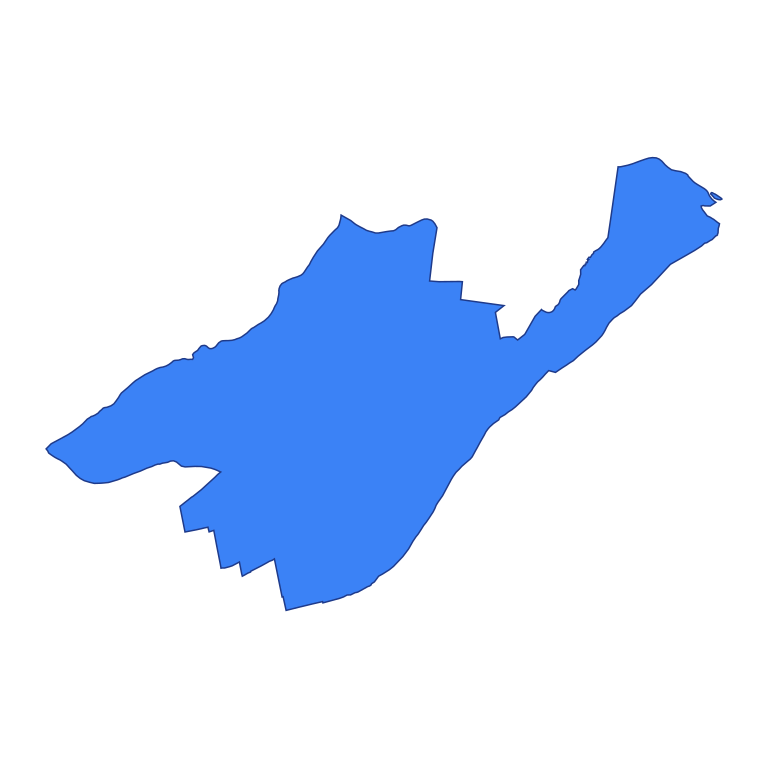 General Paz, Corrientes, Argentina
{"feature_id": "61730980B94998770553919", "entity_name": "General Paz", "entity_type": "district", "adm_level": 2, "iso_a3": "ARG", "parent_name": "Argentina", "parent_adm1": "Corrientes", "projection": "natural_earth1", "projection_center": [-57.724, -27.709], "detail": "fine", "context": "isolated", "style": "filled", "palette": "blue", "viewbox_px": 768, "rotation_deg": 0, "n_neighbors": 0, "source": "geoboundaries", "source_scale": "gbopen_adm2", "svg_char_len": 6101}
<svg xmlns="http://www.w3.org/2000/svg" viewBox="0 0 768 768"><path d="M374.4,581.9L378.6,576.2L382.6,574.0L389.4,569.7L393.5,566.4L402.8,556.6L406.2,552.1L408.6,548.9L412.9,541.3L416.0,536.7L418.2,534.0L421.2,529.4L423.6,525.5L426.4,522.0L429.0,518.2L433.2,511.8L434.9,508.4L436.1,505.3L438.0,502.2L442.6,495.7L451.3,479.4L453.3,476.1L456.0,472.3L459.1,469.3L461.8,466.3L467.9,461.0L470.2,459.1L472.2,456.8L475.6,450.5L477.1,447.9L480.3,441.9L484.1,435.3L485.9,431.8L488.0,428.9L489.6,427.0L493.5,423.5L496.4,421.5L498.7,419.9L499.9,417.5L505.0,414.6L508.5,411.8L512.0,409.6L515.4,406.9L525.2,397.8L526.2,396.9L531.6,390.3L533.2,387.5L535.4,384.6L537.6,381.9L540.2,379.6L542.6,377.2L545.3,374.1L548.7,370.6L555.5,372.4L562.1,367.9L566.5,365.1L569.5,363.0L573.4,360.6L578.2,356.1L585.5,350.2L592.4,345.0L596.0,341.9L601.8,335.6L603.5,333.1L605.2,330.1L606.5,327.4L609.0,323.1L612.6,319.2L614.3,317.6L617.1,315.9L619.7,313.8L624.0,311.2L631.5,305.6L635.3,300.9L640.5,294.1L651.5,284.6L670.4,264.3L686.9,254.9L694.7,250.4L701.5,246.0L704.6,243.2L706.8,242.7L710.1,240.6L712.2,239.5L715.8,235.9L716.9,235.5L717.5,234.9L717.5,234.0L718.0,233.1L718.1,232.1L718.1,231.2L718.3,228.3L719.0,226.1L719.5,223.7L717.8,222.6L713.6,219.3L712.3,218.6L710.3,217.3L707.2,215.9L704.4,212.1L702.8,210.1L701.4,207.7L701.2,206.0L703.1,205.5L704.8,205.9L710.2,206.0L715.9,202.3L713.9,200.9L711.7,198.9L709.7,196.2L708.7,194.2L707.9,192.3L706.6,190.5L704.4,188.7L702.1,187.3L697.4,184.5L694.8,182.8L693.0,181.3L688.3,176.3L687.7,174.9L685.6,173.4L680.7,171.6L675.7,170.8L671.5,169.8L667.8,167.2L665.1,164.8L661.9,161.2L659.2,159.1L656.3,157.9L652.4,157.6L648.8,158.1L645.2,159.2L640.3,160.9L632.2,163.9L627.9,165.2L621.0,166.7L619.1,166.9L618.1,166.8L610.3,221.4L607.9,237.7L606.1,240.0L603.8,243.3L601.1,246.7L599.4,248.4L598.0,249.5L595.7,250.7L593.7,252.0L593.5,253.4L592.0,254.7L590.4,257.4L589.0,257.2L587.4,259.3L588.6,259.7L587.8,260.4L587.4,262.5L586.3,262.2L585.7,264.5L585.1,264.4L584.8,265.7L583.8,265.5L581.4,268.7L580.6,269.7L580.7,274.3L579.6,277.9L578.7,280.6L578.8,282.5L578.7,284.6L576.1,289.0L575.1,290.0L572.6,288.7L569.8,290.1L568.9,290.6L567.7,292.0L561.1,298.6L560.4,299.6L560.0,300.6L559.7,301.8L559.4,302.6L558.7,303.9L557.7,305.0L556.5,305.7L555.4,306.6L554.4,309.1L553.4,310.5L552.0,311.7L550.5,312.3L549.1,312.6L547.5,312.5L546.5,312.3L545.1,311.7L542.1,310.2L541.5,309.5L535.1,316.3L525.4,333.3L524.6,334.5L517.6,340.0L514.0,337.0L513.2,336.8L507.1,337.0L503.1,337.5L500.3,338.8L495.4,312.4L504.0,305.6L460.6,299.6L462.4,281.7L459.6,281.5L458.2,281.5L439.0,281.7L429.6,281.0L432.8,253.4L437.0,227.7L434.9,223.8L432.9,221.3L431.2,220.1L427.2,219.0L424.3,219.1L421.7,220.0L417.0,222.3L410.9,225.4L409.1,225.9L406.2,225.2L403.8,225.1L401.9,225.7L398.4,227.5L395.8,229.7L394.6,230.3L393.4,230.8L390.8,231.0L386.4,231.6L378.5,233.0L375.5,233.0L371.7,231.8L369.5,231.3L366.4,230.3L363.8,228.8L359.9,226.8L356.3,224.8L354.7,223.7L350.7,220.5L341.1,215.1L340.8,218.1L340.4,220.0L339.9,221.8L339.1,224.9L338.6,226.0L337.4,227.9L334.8,230.2L329.7,235.4L327.8,237.7L323.4,244.2L320.1,247.9L317.4,251.0L313.3,257.3L310.9,261.5L309.7,264.0L308.9,265.3L307.9,266.5L306.8,268.1L304.1,272.2L302.8,273.8L301.0,275.2L297.6,276.7L294.4,277.7L292.8,278.1L291.2,278.8L289.3,279.6L287.0,280.7L285.2,281.9L283.1,282.9L281.8,283.7L280.1,285.9L279.1,288.6L278.8,290.9L279.0,291.8L278.7,294.9L277.9,298.6L277.6,301.0L276.5,303.8L275.3,305.6L274.2,307.8L273.5,309.6L272.3,311.7L271.1,313.7L268.4,317.2L264.4,320.8L260.8,323.1L258.4,324.4L255.4,326.4L253.4,327.7L252.4,328.1L251.2,328.9L246.9,333.1L241.6,336.9L239.4,338.0L236.8,338.8L234.9,339.6L232.0,340.3L228.2,340.6L226.7,340.6L224.0,340.7L222.6,340.8L221.2,341.1L218.7,342.8L215.9,346.3L214.7,347.3L212.7,348.3L211.6,348.6L209.7,348.6L208.3,347.8L206.7,346.3L205.9,345.8L204.7,345.4L203.1,345.5L201.7,345.8L200.8,346.3L199.7,347.7L199.1,348.3L198.2,349.6L197.5,350.5L195.3,351.9L193.7,353.1L192.6,354.7L193.5,357.6L192.6,359.4L190.8,359.3L188.6,359.5L187.1,359.4L184.8,358.7L182.5,358.8L180.6,359.6L178.4,360.2L175.9,360.3L174.3,360.5L173.1,361.1L171.7,362.4L168.9,364.5L166.1,366.0L163.1,367.0L160.1,367.5L157.2,368.5L155.1,369.5L152.7,370.9L144.9,374.7L135.5,380.7L132.9,382.9L127.8,387.6L121.4,393.0L119.9,395.1L118.6,397.4L116.2,400.8L113.9,403.8L111.0,405.8L106.9,407.3L104.6,407.6L103.2,408.1L101.5,409.8L100.0,411.0L97.8,413.4L96.5,414.1L95.7,414.7L94.5,415.3L92.7,416.1L91.2,416.5L90.2,417.3L87.3,419.1L82.7,423.9L78.8,427.1L72.0,432.1L67.6,434.9L51.1,443.8L46.1,448.9L47.8,451.0L48.6,452.9L48.8,453.1L50.7,454.5L53.3,456.3L55.2,457.5L58.4,459.2L59.6,459.7L61.7,461.0L66.1,464.1L67.6,465.7L69.2,467.5L72.4,470.9L76.3,475.3L80.3,478.5L84.3,480.7L89.7,482.3L94.3,483.4L100.4,483.2L103.3,483.0L108.3,482.5L110.2,482.0L117.6,479.8L120.5,478.7L122.5,477.8L125.0,477.1L133.6,473.5L140.3,471.1L146.8,468.2L151.9,466.5L155.1,465.0L157.9,464.1L159.9,464.1L162.7,463.1L163.7,463.0L167.7,462.3L170.4,461.1L173.5,460.8L176.5,462.0L181.4,466.1L185.1,466.9L194.9,466.4L201.5,466.5L210.9,468.1L215.1,469.5L217.0,470.3L220.7,472.0L217.8,474.4L214.9,477.3L201.2,489.8L192.9,496.4L191.5,497.2L179.9,506.4L185.0,532.0L196.2,529.8L201.3,528.7L204.1,528.0L208.0,527.2L208.2,528.4L209.1,531.9L213.8,530.4L216.8,546.3L220.4,564.6L221.0,568.2L221.9,568.0L224.6,568.0L229.5,566.7L232.2,565.8L239.4,562.0L241.7,573.9L242.3,576.2L244.6,575.0L247.9,573.1L250.6,572.0L250.8,571.2L261.2,565.9L267.7,562.3L269.4,561.3L272.4,560.2L274.4,558.9L282.1,597.0L283.1,596.7L286.1,610.4L299.3,607.1L306.8,605.3L312.1,604.0L322.6,601.6L322.9,602.9L339.7,598.3L343.6,596.9L345.6,595.8L347.2,595.0L350.6,594.9L355.0,592.7L356.7,592.4L358.0,592.0L367.7,586.6L369.6,586.0L371.1,584.9L371.4,584.0L371.9,583.5L374.4,581.9ZM721.9,199.0L721.8,198.8L721.7,198.6L720.4,197.6L718.9,196.6L716.7,195.1L714.7,193.9L714.2,193.8L712.5,192.8L711.6,192.6L710.8,193.3L710.8,194.1L711.8,195.0L712.1,195.1L712.2,195.6L713.6,197.0L714.2,197.9L715.1,198.4L716.8,199.1L717.2,199.1L718.0,199.5L719.5,199.7L720.3,199.8L721.0,199.4L721.6,199.4L721.9,199.2L721.9,199.0Z" fill="#3b82f6" stroke="#1e3a8a" stroke-width="1.5"/></svg>